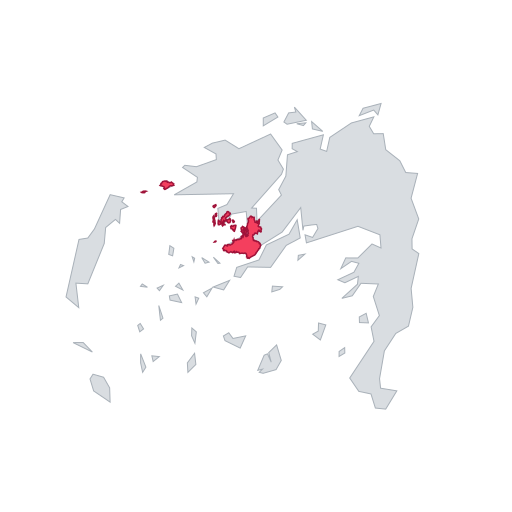 location of Attikis, Attiki, Greece, rotated 107°
{"feature_id": "26713481B5850386890635", "entity_name": "Attikis", "entity_type": "district", "adm_level": 2, "iso_a3": "GRC", "parent_name": "Greece", "parent_adm1": "Attiki", "projection": "robinson", "projection_center": [23.511, 37.081], "detail": "fine", "context": "in_parent", "style": "filled", "palette": "rose", "viewbox_px": 512, "rotation_deg": 107, "n_neighbors": 0, "source": "geoboundaries", "source_scale": "gbopen_adm2", "svg_char_len": 9779}
<svg xmlns="http://www.w3.org/2000/svg" viewBox="0 0 512 512"><g transform="rotate(107 256 256)"><path d="M343.8,81.9L364.5,87.2L366.5,97.4L354.3,105.7L355.4,118.1L345.3,130.7L303.1,118.2L290.1,125.2L276.9,120.6L260.4,132.0L247.0,130.8L251.4,147.6L265.9,152.3L271.4,161.5L253.3,150.7L245.6,152.2L255.6,163.2L254.8,170.8L242.9,157.6L232.9,155.5L233.2,163.1L243.3,171.2L231.6,169.6L228.1,158.0L210.6,148.6L211.8,138.8L199.5,143.7L197.8,167.2L228.7,211.6L221.4,215.3L221.7,207.3L211.6,204.8L208.1,207.2L210.0,211.8L213.4,219.0L217.7,218.6L196.6,227.4L225.5,238.0L243.8,253.9L255.8,257.9L259.6,287.1L256.0,288.7L236.1,270.3L216.3,278.4L223.1,291.7L231.6,293.7L235.5,300.9L221.6,306.4L215.3,298.8L203.0,295.7L221.4,352.1L202.5,334.2L197.9,335.0L192.8,352.1L190.1,350.6L188.0,339.0L175.4,322.1L170.1,324.1L167.3,337.2L160.8,330.7L154.2,319.4L158.4,303.7L135.1,277.7L147.0,262.0L157.8,263.1L164.9,255.2L170.4,255.5L211.4,274.2L210.2,269.5L222.5,265.2L190.3,249.5L185.9,253.7L170.9,250.8L150.0,255.5L144.1,247.0L142.8,252.8L137.7,254.3L120.4,227.0L135.0,225.9L135.3,219.0L121.0,220.1L100.9,203.7L88.5,184.0L98.9,185.6L104.7,179.2L101.8,170.1L116.4,163.0L122.9,146.3L132.4,137.2L129.8,125.6L155.4,124.6L173.0,111.2L193.9,111.9L203.6,108.8L206.1,101.0L241.6,98.2L259.2,91.0L278.5,89.7L289.2,99.7L309.2,105.5L337.2,102.0L346.0,98.2L343.8,81.9ZM251.1,399.1L264.6,396.0L262.1,401.1L272.7,408.1L288.4,404.8L331.8,408.7L334.6,420.3L357.2,410.4L350.7,425.7L291.9,430.1L288.0,422.1L277.4,418.4L240.0,413.4L239.0,399.1L243.4,400.2L246.1,392.9L251.1,399.1ZM225.8,219.0L237.0,230.2L262.6,238.7L268.9,260.8L281.1,264.5L281.8,271.1L272.5,271.1L258.9,252.0L242.4,249.3L225.5,230.8L209.3,227.2L225.8,219.0ZM358.8,203.6L366.1,214.9L366.3,218.9L362.3,216.7L364.8,220.9L348.5,219.2L346.2,216.4L353.1,210.4L344.7,215.6L335.0,210.3L348.5,201.3L358.8,203.6ZM422.1,378.8L416.7,377.3L416.5,366.3L424.9,357.4L438.4,352.8L432.5,371.8L422.1,378.8ZM346.0,260.9L342.0,263.8L337.4,259.6L341.6,253.9L335.4,242.5L348.7,244.2L346.0,260.9ZM111.5,247.6L120.9,264.8L119.7,268.5L109.6,266.6L106.7,260.0L102.4,262.8L111.5,247.6ZM91.6,198.3L83.4,196.8L73.6,181.0L85.4,180.7L82.0,186.1L91.6,198.3ZM317.5,169.9L314.2,178.9L309.6,174.5L301.8,176.6L301.5,169.1L317.5,169.9ZM377.3,281.8L387.2,287.1L378.3,290.4L367.0,286.3L377.3,281.8ZM289.4,137.6L284.1,139.4L278.6,133.9L287.1,128.9L289.4,137.6ZM116.7,275.7L129.4,287.1L121.9,289.4L113.6,279.6L116.7,275.7ZM323.3,325.3L319.5,327.2L315.4,320.0L322.3,313.5L323.3,325.3ZM297.9,277.0L298.2,287.9L287.0,274.1L297.9,277.0ZM395.7,384.4L392.3,405.6L389.3,395.9L395.7,384.4ZM118.0,239.2L111.2,242.1L117.3,228.6L118.0,239.2ZM218.7,362.4L210.8,363.8L212.5,355.4L218.7,362.4ZM383.3,337.7L394.5,328.8L400.4,330.4L391.9,335.1L383.3,337.7ZM343.6,296.3L346.0,290.9L357.3,288.9L351.1,294.3L343.6,296.3ZM309.9,316.0L308.5,324.1L304.5,321.8L309.9,316.0ZM309.4,291.1L306.5,295.5L299.6,288.7L309.4,291.1ZM285.7,230.4L280.0,231.5L277.7,221.6L281.0,223.5L285.7,230.4ZM327.8,147.2L323.0,148.6L317.7,144.4L322.8,142.7L327.8,147.2ZM280.2,335.8L280.0,339.9L271.3,341.4L272.6,336.8L280.2,335.8ZM345.4,328.6L331.8,334.5L342.7,326.8L345.4,328.6ZM274.3,290.2L269.6,296.4L273.4,288.4L274.3,290.2ZM319.5,299.3L312.9,302.3L313.1,298.4L319.5,299.3ZM362.5,345.0L357.0,348.8L354.4,347.0L358.6,342.2L362.5,345.0ZM387.0,323.5L381.9,326.4L380.5,319.1L387.0,323.5ZM277.8,302.6L273.4,307.4L275.6,299.1L277.8,302.6ZM117.4,248.8L117.6,255.7L114.1,247.3L117.4,248.8ZM317.4,338.2L315.6,341.2L311.1,336.1L317.4,338.2ZM247.8,214.7L243.0,215.7L239.9,209.8L247.8,214.7ZM238.1,275.9L234.6,277.1L232.6,275.6L235.3,272.6L238.1,275.9ZM279.8,313.7L275.4,316.8L276.1,314.0L279.8,313.7ZM317.6,350.7L318.8,357.6L316.0,356.6L317.6,350.7ZM289.9,326.2L286.2,325.7L286.4,322.5L289.9,326.2Z" fill="#d9dde1" stroke="#a8b0b8" stroke-width="1"/><path d="M220.1,263.4L220.1,263.6L220.3,263.7L221.2,263.7L221.6,263.4L222.8,263.6L224.2,264.0L224.3,264.3L224.1,264.7L222.3,264.8L222.4,265.6L223.4,265.6L224.0,266.1L223.9,267.0L222.3,267.6L222.0,268.3L219.7,269.0L219.9,269.3L219.7,270.6L220.3,271.1L219.6,271.4L219.3,272.3L219.6,272.9L222.0,273.7L222.4,274.6L223.1,274.4L224.5,273.5L226.3,273.2L227.6,273.6L228.6,273.3L229.8,273.2L230.3,273.5L231.3,273.4L232.6,273.7L232.5,273.4L231.2,273.1L231.4,272.9L232.4,272.7L232.5,272.1L233.4,271.5L233.9,270.9L235.7,270.7L236.0,270.2L236.6,270.1L236.9,269.8L238.0,270.4L238.5,270.0L238.8,270.2L238.8,269.7L239.1,269.8L240.1,270.6L240.2,271.2L239.9,271.5L240.1,271.6L239.6,272.3L238.7,272.1L239.0,272.4L238.2,273.1L238.3,273.9L239.3,274.1L239.8,274.6L240.1,274.6L240.1,274.2L240.5,274.1L240.4,274.2L240.7,274.3L240.4,274.7L240.5,274.8L241.2,275.1L241.6,275.1L241.8,274.7L242.0,274.7L241.9,275.2L241.1,275.4L241.6,275.9L242.0,275.8L242.5,275.6L242.2,275.6L242.2,275.3L242.6,275.4L243.2,275.3L243.4,275.0L243.7,275.1L244.0,275.4L243.8,275.8L243.7,275.7L244.5,276.4L244.6,276.6L245.1,276.8L245.3,277.1L245.2,277.7L245.5,277.9L245.5,278.5L246.6,279.3L246.2,279.7L247.4,280.7L247.4,281.4L246.9,281.7L247.4,281.7L247.6,282.1L247.7,281.8L247.9,281.8L248.2,282.6L248.7,282.2L248.9,281.4L249.4,281.3L249.9,281.9L250.1,281.9L250.2,281.6L250.5,281.7L250.7,282.0L251.7,282.4L251.7,282.7L253.0,283.7L253.1,285.8L253.4,286.5L253.9,286.7L254.6,286.2L254.9,286.5L254.5,287.2L254.6,288.8L254.8,289.0L258.6,290.0L259.0,289.2L260.1,288.7L260.3,288.4L260.3,288.2L259.7,287.8L259.9,287.7L260.0,287.3L259.5,285.9L260.0,285.3L260.5,285.3L260.4,284.6L260.7,284.1L260.9,282.8L259.2,281.3L259.7,279.5L259.0,279.1L259.1,278.5L258.8,278.6L258.8,278.9L258.3,278.8L257.7,277.9L258.0,277.6L259.0,277.5L259.1,277.1L258.6,276.2L257.5,275.8L257.9,275.1L257.5,273.9L257.6,273.1L258.5,272.5L257.3,270.2L257.2,268.7L256.5,267.6L256.4,266.8L256.6,266.2L257.6,265.4L258.6,264.8L259.6,264.8L259.8,263.9L260.6,263.6L260.4,263.3L260.0,263.3L259.7,262.8L259.9,262.3L260.3,262.2L260.3,261.8L259.4,261.4L258.5,260.7L255.2,257.4L253.2,256.7L252.7,256.9L251.6,256.2L250.2,256.0L249.1,255.3L248.2,255.5L247.6,254.7L246.2,254.8L245.6,254.7L245.0,254.8L244.1,254.6L243.8,255.4L243.0,255.6L242.7,255.9L243.0,256.6L242.3,256.8L241.7,258.0L241.8,258.7L241.6,259.7L241.9,259.7L241.7,260.2L241.9,260.4L241.6,261.3L241.9,261.7L241.3,262.5L241.4,263.0L241.6,263.1L240.2,263.9L239.4,264.0L239.1,264.6L238.4,265.0L236.7,265.1L236.7,264.6L236.3,264.2L235.2,264.0L234.3,263.6L234.3,263.2L234.5,262.9L234.2,261.7L234.3,261.3L233.7,261.5L233.6,261.3L232.6,261.3L232.1,261.5L231.4,261.1L230.6,261.1L230.5,260.3L231.4,259.9L231.3,259.5L231.5,259.0L231.6,258.4L231.0,258.2L230.1,258.7L228.5,258.6L227.8,259.6L227.1,259.8L227.0,260.2L227.2,262.1L226.9,262.6L224.9,262.6L224.2,262.3L223.8,262.7L222.5,262.8L220.1,263.4ZM213.6,357.2L212.4,355.3L212.0,355.7L211.2,355.8L211.3,356.1L210.6,356.9L210.5,357.6L210.0,358.5L211.0,359.5L211.2,360.2L210.9,361.1L210.9,361.5L211.4,362.2L211.3,362.5L210.9,362.6L210.3,363.2L211.0,364.2L210.8,364.9L212.2,367.1L213.4,367.3L214.1,367.9L214.5,367.7L214.8,368.1L215.6,367.9L216.6,368.4L216.7,367.4L216.5,366.0L216.9,363.9L217.6,363.5L218.4,363.9L219.0,362.9L218.9,362.5L216.7,360.4L215.2,359.4L214.7,359.3L214.0,358.6L213.7,358.1L213.6,357.2ZM232.8,302.4L233.8,302.3L236.1,301.7L236.9,301.2L236.6,300.9L236.9,300.4L235.9,299.3L235.1,299.1L235.0,298.6L233.5,297.8L231.7,297.3L231.9,297.4L231.3,297.4L231.3,296.9L232.1,296.8L232.5,296.5L232.5,296.3L230.4,294.9L231.1,294.7L231.3,293.7L232.0,293.0L232.4,292.1L231.8,290.9L231.0,290.6L229.5,290.8L228.5,291.1L228.4,291.5L227.8,291.8L227.8,292.1L228.6,292.4L229.5,293.5L230.3,295.2L228.8,296.2L228.2,296.1L227.6,295.4L226.5,295.1L225.9,294.1L225.1,293.6L223.2,292.9L222.6,293.2L222.8,293.7L222.7,294.3L222.0,294.7L221.7,295.6L221.8,296.1L222.2,296.6L224.0,296.7L224.3,297.2L225.4,297.8L226.3,297.8L226.2,298.1L226.4,298.2L227.6,298.0L227.9,298.4L227.9,299.4L228.6,299.5L229.2,299.3L229.5,300.0L230.2,299.7L231.9,300.1L232.7,299.5L234.0,299.8L234.0,300.5L232.8,302.0L232.8,302.4ZM237.2,272.7L236.7,272.3L235.6,272.0L234.8,272.3L235.0,272.8L234.8,273.1L234.2,273.3L233.3,272.8L232.5,272.9L232.5,273.2L233.9,273.5L233.5,274.0L232.5,274.2L232.7,274.6L233.2,274.4L234.3,274.6L235.0,274.1L235.8,274.1L234.7,276.0L233.0,275.7L232.4,275.9L232.1,275.7L232.1,276.3L231.8,276.7L232.1,277.2L231.8,277.6L233.2,278.0L233.6,278.5L235.0,277.8L235.5,277.2L236.6,277.4L236.5,276.6L237.3,276.5L237.6,276.0L237.7,275.1L239.2,274.9L237.6,274.8L238.1,274.5L237.3,274.3L237.1,274.0L237.8,272.3L237.2,272.7ZM235.4,283.8L232.8,284.1L232.5,284.4L233.0,285.2L233.0,285.3L232.9,285.2L232.9,285.3L233.2,286.1L234.2,286.5L234.4,286.8L234.6,287.6L233.9,288.0L234.0,288.2L235.1,288.9L237.1,287.9L236.9,287.0L237.2,286.5L237.7,286.1L237.5,285.3L238.3,285.0L238.7,284.2L238.7,283.9L235.4,283.8ZM239.3,304.9L238.0,304.5L237.5,304.8L236.7,304.5L235.3,305.3L234.4,305.5L233.3,306.3L231.0,307.4L230.6,307.9L230.1,308.2L230.6,308.4L231.3,308.2L231.5,308.5L233.0,307.9L233.7,307.3L235.9,307.2L236.1,307.1L236.1,306.0L238.7,305.3L239.3,304.9ZM237.0,296.7L236.2,296.4L235.3,295.7L235.1,295.2L235.3,294.8L235.2,294.7L234.8,295.1L234.8,296.0L233.6,296.6L232.8,296.5L232.8,296.8L233.8,297.4L234.3,298.0L234.2,297.5L234.5,297.4L235.6,297.8L236.5,297.4L237.0,296.7ZM220.6,309.4L219.5,309.0L219.3,309.4L218.9,309.3L218.7,309.5L220.4,311.5L221.3,311.5L221.9,310.5L221.9,310.1L220.6,309.4ZM227.0,381.0L226.2,380.0L226.2,380.5L227.0,382.8L228.2,383.6L228.6,384.3L228.7,384.1L228.6,382.9L228.2,381.4L227.8,380.9L227.0,381.0ZM230.1,306.1L229.7,305.6L229.3,305.5L229.2,306.1L229.0,306.3L228.8,306.4L228.8,305.9L228.5,305.7L227.6,306.1L226.8,306.1L226.7,306.3L227.5,307.1L228.3,307.1L229.8,306.5L230.1,306.1ZM230.3,287.0L229.2,286.9L229.0,287.4L228.4,288.3L228.5,288.8L229.2,288.9L229.7,288.2L230.6,287.7L230.3,287.0ZM254.3,298.8L252.9,298.4L253.7,298.9L254.0,299.6L254.8,299.9L254.3,298.8Z" fill="#f43f5e" stroke="#9f1239" stroke-width="1.5"/></g></svg>